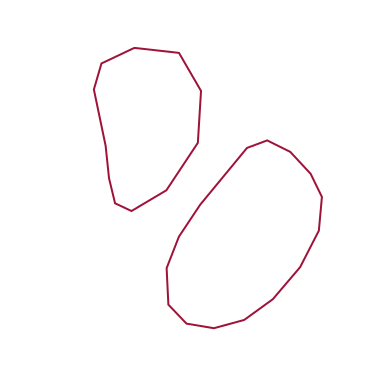 SVG path tracing the border of Likoma, rotated 22°
{"feature_id": "MWI-5509", "entity_name": "Likoma", "entity_type": "District", "adm_level": 1, "iso_a3": "MWI", "parent_name": "Malawi", "parent_adm1": "", "projection": "equal_earth", "projection_center": [34.654, -12.048], "detail": "fine", "context": "isolated", "style": "outline", "palette": "rose", "viewbox_px": 384, "rotation_deg": 22, "n_neighbors": 0, "source": "natural_earth", "source_scale": "10m", "svg_char_len": 503}
<svg xmlns="http://www.w3.org/2000/svg" viewBox="0 0 384 384"><g transform="rotate(22 192 192)"><path d="M242.4,116.0L268.1,118.0L295.2,130.7L314.3,147.9L324.1,180.3L320.4,221.2L307.1,261.1L288.3,291.1L263.3,310.1L236.2,316.1L212.3,305.3L197.0,272.1L196.6,238.3L204.4,200.5L226.5,130.5L242.4,116.0ZM83.7,80.9L84.8,79.9L127.8,67.9L162.5,94.9L179.0,144.2L167.6,200.0L143.0,232.3L124.9,231.3L109.9,210.3L94.6,181.5L62.6,133.7L59.9,106.7L83.7,80.9Z" fill="none" stroke="#9f1239" stroke-width="2"/></g></svg>